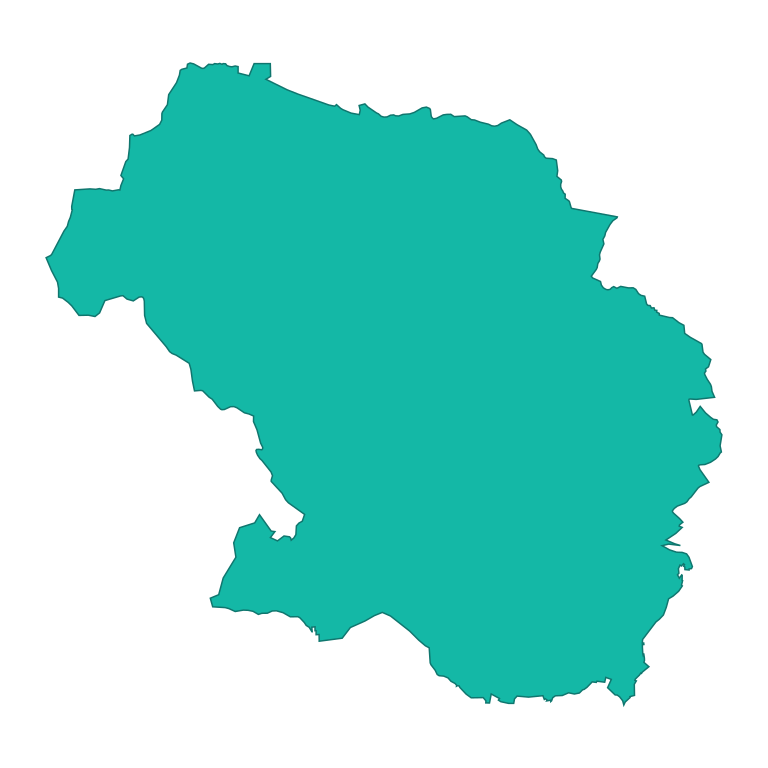 the district of Palmito, Sucre, Colombia
{"feature_id": "7082276B68418970079428", "entity_name": "Palmito", "entity_type": "district", "adm_level": 2, "iso_a3": "COL", "parent_name": "Colombia", "parent_adm1": "Sucre", "projection": "albers", "projection_center": [-75.556, 9.333], "detail": "fine", "context": "isolated", "style": "filled", "palette": "teal", "viewbox_px": 768, "rotation_deg": 0, "n_neighbors": 0, "source": "geoboundaries", "source_scale": "gbopen_adm2", "svg_char_len": 6074}
<svg xmlns="http://www.w3.org/2000/svg" viewBox="0 0 768 768"><path d="M319.2,641.2L342.2,638.2L350.4,627.5L365.0,621.0L374.4,615.6L382.3,612.4L390.5,616.0L409.7,631.1L418.8,640.2L425.4,645.8L429.2,647.8L430.2,662.9L431.0,664.8L435.2,670.3L437.2,674.5L439.1,675.7L443.7,676.1L448.0,677.9L451.0,681.3L455.1,683.5L456.6,685.2L456.5,686.2L457.3,685.7L459.1,685.9L459.9,687.5L466.1,694.1L471.2,697.8L483.2,697.6L485.9,700.8L485.8,702.9L489.5,703.0L491.2,694.0L499.5,698.5L498.4,700.1L500.8,701.7L508.7,703.4L513.7,703.4L514.5,698.9L517.1,696.1L528.6,697.1L542.9,695.7L544.3,699.4L545.2,698.7L547.2,700.1L546.7,700.9L550.8,700.2L550.8,701.5L551.6,700.8L552.7,697.7L555.4,695.8L562.3,695.5L568.6,692.8L574.4,694.0L579.4,693.0L582.6,689.8L584.1,689.4L586.9,687.4L592.2,681.9L596.3,682.4L596.9,681.2L604.7,682.2L605.8,677.4L611.3,679.4L607.6,687.7L615.1,694.9L617.3,695.1L619.6,696.8L622.7,700.8L623.8,705.0L625.2,702.0L630.1,697.5L629.9,696.6L634.5,695.4L634.3,684.3L636.3,680.9L634.9,680.4L635.3,679.1L639.4,675.1L640.9,673.0L641.5,673.4L642.3,672.1L648.9,666.7L643.9,662.3L644.5,660.4L644.4,658.1L643.7,653.4L643.1,655.0L642.8,653.8L642.4,647.3L642.4,644.7L643.9,644.5L643.7,643.0L642.3,643.1L642.6,639.5L655.9,622.0L659.4,619.2L663.4,615.0L666.3,607.3L668.6,598.8L673.1,596.1L678.7,591.2L682.3,585.9L681.5,585.2L682.6,580.6L682.1,580.4L682.2,575.3L681.7,574.9L679.3,578.2L677.5,574.8L678.9,573.2L678.4,568.7L680.0,565.1L681.4,566.0L683.5,563.7L684.5,564.6L683.6,566.2L684.8,567.0L684.9,569.6L689.1,570.0L689.1,568.9L691.5,568.6L692.4,566.6L689.0,557.3L686.6,553.9L682.2,552.4L676.6,552.2L669.4,549.8L662.1,545.7L668.7,544.1L680.4,545.5L674.8,543.8L665.9,540.0L675.8,533.4L682.2,527.4L679.2,526.2L679.5,524.9L682.9,522.2L679.5,518.5L673.7,513.3L672.6,512.0L672.4,510.9L674.2,508.5L677.3,506.1L684.8,503.3L686.9,501.8L689.1,498.7L691.2,496.9L697.9,488.2L699.8,486.6L708.9,482.3L700.0,469.7L698.4,465.9L698.7,465.3L700.1,464.8L704.9,464.5L710.5,462.3L715.5,459.0L718.1,456.5L720.2,453.0L721.4,452.0L720.1,445.8L721.9,434.8L720.1,432.2L719.9,429.6L716.6,426.7L716.3,425.0L718.0,422.0L716.9,419.8L713.4,419.3L710.7,417.4L705.5,412.9L700.2,406.4L696.3,412.1L693.1,415.0L692.4,415.0L688.9,400.3L689.0,399.3L689.9,399.0L696.2,399.4L714.6,397.3L712.0,391.3L711.4,386.7L710.5,384.3L707.2,379.3L704.8,374.6L704.5,373.0L705.9,371.1L705.5,369.0L708.5,366.8L710.8,359.6L704.5,354.3L703.0,352.1L702.0,344.4L701.5,343.6L690.3,337.3L684.7,333.4L683.9,325.3L679.0,322.7L672.6,317.7L669.4,317.5L659.3,315.1L659.2,313.4L656.6,312.1L656.8,310.4L654.8,310.2L654.0,307.8L651.4,308.0L650.2,305.6L647.7,305.3L646.6,303.9L644.7,296.2L640.9,295.3L638.5,293.6L635.8,289.4L633.2,287.8L628.5,287.9L620.7,286.4L616.9,288.3L613.7,286.6L611.7,287.7L610.2,289.3L607.9,289.8L605.9,289.4L603.3,287.8L601.4,285.1L600.5,281.5L592.7,278.0L591.3,276.2L596.3,269.4L597.2,267.5L597.8,263.6L599.4,260.9L600.0,259.1L599.5,254.8L600.2,252.2L603.9,243.9L602.9,239.4L604.8,235.9L605.6,232.4L610.0,224.5L612.9,220.7L617.0,217.8L617.3,216.9L571.7,208.4L571.1,207.6L569.5,201.9L568.9,200.9L565.1,198.3L565.2,194.2L563.4,192.8L562.9,191.2L561.5,189.2L560.7,186.9L560.7,184.2L561.6,181.5L561.3,180.0L556.9,176.4L557.7,170.7L556.3,160.0L552.5,158.6L546.1,158.2L544.4,156.7L543.8,155.1L539.8,151.9L537.8,149.2L536.1,144.6L530.4,134.3L526.7,130.1L517.1,124.7L509.8,119.8L501.4,123.1L497.8,125.5L494.7,126.2L491.7,125.8L488.5,124.2L480.3,122.2L474.6,120.0L471.3,119.7L467.2,116.8L465.1,115.9L454.2,116.6L450.8,114.3L446.7,114.4L443.2,114.9L436.5,118.3L433.4,118.9L431.8,117.4L431.2,116.0L430.4,109.7L429.7,108.5L426.4,107.1L422.1,107.9L414.3,112.4L409.8,113.9L402.9,114.4L398.7,116.0L395.5,115.8L393.7,114.9L390.5,115.2L387.1,116.9L384.0,117.1L381.2,116.3L378.4,113.8L376.6,113.0L368.0,107.1L364.9,103.9L359.1,105.5L360.2,110.2L359.3,114.6L354.3,113.7L351.1,113.1L342.9,109.7L340.6,108.3L336.5,104.6L334.7,106.2L328.9,105.0L297.7,94.0L286.9,89.7L265.9,79.3L270.6,76.4L270.3,63.6L254.1,63.6L249.1,75.8L238.1,73.0L238.1,66.6L235.2,66.0L231.9,66.8L229.6,66.5L227.0,65.6L225.6,63.8L223.1,63.6L222.1,64.3L219.8,63.4L217.8,64.0L214.6,63.6L212.9,64.6L208.6,64.3L204.3,68.1L202.7,68.4L201.6,68.2L193.7,63.9L190.1,63.0L187.5,64.2L186.9,68.0L181.8,69.3L180.2,70.4L179.4,75.2L176.5,82.7L168.7,94.6L167.4,104.7L162.4,112.1L161.9,113.7L161.8,120.1L159.6,124.4L150.9,130.5L139.8,135.0L134.4,135.9L132.8,134.2L132.0,134.2L129.9,135.5L129.5,147.5L128.1,159.0L125.8,161.6L120.9,175.5L123.6,178.8L120.9,185.5L119.9,190.0L118.5,189.8L112.4,190.9L108.7,190.0L106.2,190.1L99.5,188.6L95.8,189.3L89.9,188.9L74.8,189.9L71.7,206.5L71.8,209.4L72.3,209.7L70.3,217.4L68.6,221.4L67.3,226.3L64.0,231.0L51.8,254.2L50.6,255.5L46.1,257.7L51.5,270.5L57.5,282.1L58.6,288.4L58.6,297.1L62.6,298.1L68.1,302.3L71.8,305.9L79.0,315.4L88.3,315.2L95.0,316.5L99.6,312.9L104.9,300.6L120.7,295.9L123.0,295.7L127.0,299.1L133.3,300.9L139.1,297.1L141.4,296.8L142.9,297.3L143.8,298.8L144.3,301.1L144.6,315.4L146.6,323.4L166.3,346.8L169.6,351.6L172.1,353.5L176.1,355.1L189.2,363.3L190.9,369.4L192.5,381.2L194.5,390.9L200.7,390.4L202.6,390.7L209.0,397.1L212.2,399.2L217.7,406.4L220.6,409.2L221.9,409.7L224.4,409.5L230.5,406.7L234.0,406.6L237.0,407.8L244.4,412.8L249.0,414.0L253.6,416.0L253.5,421.6L257.0,429.8L260.6,443.1L262.7,447.3L262.6,448.8L261.8,449.8L258.8,449.3L256.6,449.5L256.0,450.5L256.3,452.2L257.6,455.2L259.9,458.6L261.9,460.4L271.0,471.9L272.5,475.7L271.2,480.1L271.2,481.4L282.1,493.2L285.6,499.7L288.4,502.8L304.6,514.4L302.3,521.2L298.9,523.1L296.4,525.9L295.9,534.6L293.9,537.9L291.2,540.2L290.7,538.1L289.5,536.8L284.0,536.0L277.5,540.9L270.4,537.6L274.9,531.6L271.2,531.1L259.5,514.7L254.7,522.9L239.6,527.7L233.7,542.8L235.9,557.2L223.2,578.0L218.7,594.7L210.3,598.2L212.7,606.8L225.2,607.6L228.9,608.6L235.2,611.5L243.4,610.1L248.1,610.3L253.0,611.3L258.4,614.4L261.9,613.3L267.4,613.2L272.2,611.0L276.4,610.8L283.1,612.7L290.3,616.8L298.0,616.7L299.9,617.8L304.3,622.5L306.2,625.4L309.2,627.3L311.9,631.7L312.2,631.7L311.8,627.2L315.0,626.8L315.0,630.7L316.1,630.7L316.1,634.7L319.1,634.5L319.2,641.2Z" fill="#14b8a6" stroke="#0f766e" stroke-width="1.5"/></svg>